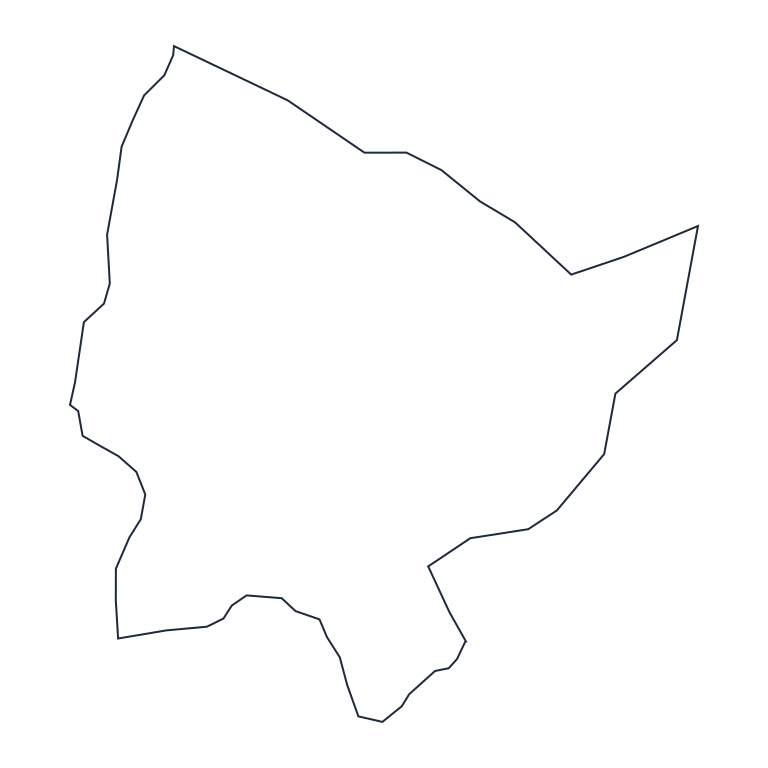 the district of Vänersborg, Västra Götaland, Sweden
{"feature_id": "70781695B41562985263566", "entity_name": "Vänersborg", "entity_type": "district", "adm_level": 2, "iso_a3": "SWE", "parent_name": "Sweden", "parent_adm1": "Västra Götaland", "projection": "albers", "projection_center": [12.351, 58.463], "detail": "fine", "context": "isolated", "style": "outline", "palette": "slate", "viewbox_px": 768, "rotation_deg": 0, "n_neighbors": 0, "source": "geoboundaries", "source_scale": "gbopen_adm2", "svg_char_len": 873}
<svg xmlns="http://www.w3.org/2000/svg" viewBox="0 0 768 768"><path d="M118.1,638.5L166.2,630.4L206.9,626.7L223.5,618.5L231.8,605.5L246.6,595.4L281.7,598.2L295.5,611.1L319.5,619.4L326.9,637.0L339.8,657.3L347.2,685.0L358.4,716.4L382.4,721.9L401.8,706.2L409.2,694.2L435.0,671.0L448.8,668.2L457.1,658.9L465.4,641.4L465.9,641.4L449.4,612.1L428.2,566.4L470.3,538.2L528.2,529.2L556.9,510.4L602.3,456.3L604.2,454.0L615.4,393.6L676.9,340.1L698.0,226.0L623.7,256.9L571.2,274.6L515.0,222.3L480.0,201.4L441.4,170.1L406.4,152.6L364.5,152.7L287.6,100.3L174.0,46.1L173.2,55.2L164.3,75.3L144.1,95.4L132.9,119.9L121.6,146.7L117.0,180.3L107.1,234.7L109.8,283.5L104.0,303.6L83.9,322.1L75.0,382.4L70.0,404.9L78.2,411.1L82.6,435.8L98.3,444.9L118.5,456.2L136.4,472.0L145.3,494.5L140.8,519.2L129.5,537.2L115.9,568.7L115.8,600.2L118.1,638.5Z" fill="none" stroke="#1e293b" stroke-width="2"/></svg>